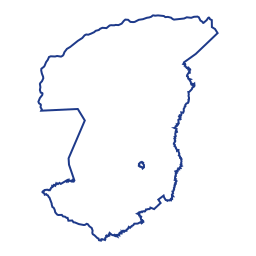 Hurungwe, Mashonaland West, Zimbabwe
{"feature_id": "62879985B85730198836463", "entity_name": "Hurungwe", "entity_type": "district", "adm_level": 2, "iso_a3": "ZWE", "parent_name": "Zimbabwe", "parent_adm1": "Mashonaland West", "projection": "orthographic", "projection_center": [29.665, -16.521], "detail": "fine", "context": "isolated", "style": "outline", "palette": "blue", "viewbox_px": 256, "rotation_deg": 0, "n_neighbors": 0, "source": "geoboundaries", "source_scale": "gbopen_adm2", "svg_char_len": 5836}
<svg xmlns="http://www.w3.org/2000/svg" viewBox="0 0 256 256"><path d="M99.0,240.2L100.9,240.6L101.1,239.4L102.0,239.1L102.5,239.6L103.9,239.5L105.0,240.0L105.4,239.1L105.2,238.1L105.9,237.1L106.7,236.8L106.2,235.7L106.6,235.4L108.0,236.1L109.2,235.7L108.9,234.6L109.6,234.5L109.2,233.9L109.6,232.9L111.8,234.8L112.8,235.2L114.1,235.0L114.4,235.7L115.5,236.1L115.6,235.5L116.7,236.1L116.3,235.4L116.8,235.6L116.5,235.0L117.2,234.8L119.0,235.2L118.6,234.1L119.2,234.7L119.2,233.6L119.9,233.5L119.7,233.0L120.0,232.7L120.6,233.1L120.6,232.6L121.1,232.6L121.2,232.3L121.6,232.6L121.6,232.0L121.9,232.4L122.1,231.8L121.7,231.6L122.9,230.8L124.0,231.9L124.8,231.2L124.7,230.8L126.5,230.8L126.6,229.6L127.8,229.0L128.8,226.9L130.0,227.8L130.6,227.0L131.5,226.6L131.5,226.2L132.2,225.7L133.3,225.2L134.3,223.7L137.7,223.6L140.4,222.2L141.2,223.0L141.5,222.0L142.1,222.4L142.1,222.0L142.5,222.0L142.3,221.4L143.3,221.5L143.2,221.0L142.6,220.7L142.2,220.0L141.2,219.9L140.7,217.8L141.1,217.1L140.4,216.8L140.7,216.4L140.1,216.1L139.5,214.8L139.1,215.0L139.1,214.4L137.7,213.8L138.0,213.7L137.7,213.4L138.2,213.1L138.5,213.6L139.3,212.2L140.0,212.6L141.3,211.6L142.3,211.5L142.4,211.9L143.2,211.3L144.0,211.2L144.6,211.5L145.1,211.3L146.1,209.4L146.8,209.6L148.1,209.0L149.0,209.2L150.1,208.6L150.4,207.6L154.1,209.1L160.6,203.0L158.3,199.6L163.6,195.6L164.1,197.4L165.7,200.0L166.7,200.2L167.3,200.8L168.0,200.2L169.1,200.5L169.9,200.0L171.0,200.4L171.5,199.1L171.1,198.6L171.4,198.4L172.1,198.7L172.0,196.1L173.1,196.2L172.0,194.5L173.1,193.3L172.5,191.5L173.2,191.3L173.9,189.9L173.7,189.5L174.2,188.9L173.9,187.9L174.6,187.1L174.4,186.0L174.9,185.7L174.8,185.1L175.3,184.5L175.0,184.2L175.6,183.8L175.3,183.2L175.8,183.1L175.8,182.2L176.5,181.1L174.8,180.0L175.8,179.0L175.0,178.3L175.2,176.6L175.8,176.1L175.5,175.6L175.9,174.9L175.7,173.8L176.7,173.0L175.7,172.1L175.4,171.5L177.2,171.3L176.9,170.8L177.7,170.6L177.8,169.4L178.9,169.4L178.5,168.4L180.4,168.2L179.9,167.5L180.1,166.9L181.7,166.0L180.7,165.3L180.6,164.6L181.5,164.0L181.1,163.0L181.5,161.5L181.2,159.6L181.5,159.2L181.0,158.9L180.9,157.9L180.1,157.9L180.0,156.4L178.9,155.5L179.3,155.0L179.1,154.1L179.3,153.6L178.3,151.1L178.5,150.0L178.1,149.9L177.0,150.7L176.9,149.7L175.9,148.3L175.9,147.4L174.5,146.1L174.9,145.7L174.9,144.9L173.8,143.9L173.9,143.3L174.9,141.9L174.8,141.2L175.2,141.1L175.2,140.2L174.4,138.6L175.3,138.0L174.6,136.8L175.8,136.0L175.3,134.8L175.3,133.1L175.7,132.5L177.0,131.9L176.8,131.2L175.8,131.0L176.6,129.0L174.5,128.0L175.3,127.9L175.5,126.4L176.0,126.0L176.4,126.3L176.9,126.0L176.8,124.6L177.5,125.0L178.0,124.7L178.1,124.3L177.5,124.0L178.2,123.1L178.7,123.1L178.3,119.9L179.3,119.0L180.2,119.4L180.6,119.1L180.0,118.2L180.4,117.5L179.4,117.1L179.0,116.4L179.5,116.1L179.7,115.3L180.8,115.7L181.1,115.5L181.5,113.6L181.3,112.4L183.2,112.7L183.8,111.0L183.7,108.9L184.6,107.5L184.7,106.5L185.4,106.2L185.3,104.9L186.5,103.4L187.9,103.0L188.6,101.7L188.3,101.2L188.9,100.0L188.5,99.4L189.0,98.8L189.0,97.7L188.5,95.9L188.8,94.5L188.4,92.0L189.1,92.0L191.0,90.1L192.0,88.9L192.4,87.5L193.8,86.8L194.5,85.8L194.3,83.7L193.6,84.3L192.9,83.9L192.5,84.6L193.0,85.0L192.6,85.2L191.3,84.5L191.3,84.1L191.9,84.0L191.0,83.4L190.8,82.0L189.5,80.0L190.0,79.7L189.5,79.4L190.1,79.2L188.2,78.5L188.0,76.8L187.1,76.3L187.4,75.5L187.1,75.2L188.4,73.1L189.5,72.8L189.0,72.1L189.1,71.5L189.7,71.7L189.6,70.0L190.9,69.3L188.9,69.3L189.2,68.7L188.8,68.1L188.2,68.7L188.1,68.0L187.6,68.4L186.7,68.0L186.4,67.5L186.6,67.3L185.5,66.7L185.3,65.9L184.8,65.8L185.3,64.5L185.1,63.9L184.7,63.8L184.4,64.3L183.3,64.0L184.0,63.1L183.9,62.4L195.8,53.9L217.6,33.1L215.0,29.0L211.9,27.1L211.8,20.1L210.0,19.2L209.2,17.7L208.6,17.6L208.0,18.1L206.7,20.1L203.5,22.9L203.0,22.8L202.4,21.8L200.4,20.5L198.8,17.3L197.5,16.6L194.0,16.8L191.2,17.8L186.8,17.3L184.1,18.5L174.0,19.6L172.6,19.0L171.1,17.7L167.9,16.9L165.3,17.1L163.8,16.0L158.0,15.4L155.0,15.7L153.8,15.4L152.7,15.5L151.3,16.7L149.3,17.4L146.8,17.8L142.9,19.2L138.8,19.8L134.7,21.9L133.3,22.1L130.4,21.9L128.1,19.8L125.3,19.6L123.8,20.9L121.7,23.6L119.4,24.7L118.4,25.1L115.6,24.9L114.2,25.3L111.0,25.2L109.6,25.5L106.5,28.1L102.4,27.8L100.1,28.8L98.8,30.0L95.7,30.8L94.1,32.2L91.1,33.6L88.3,34.7L86.2,34.5L84.6,35.3L82.3,38.0L77.9,40.8L70.1,47.0L66.9,48.9L64.4,52.2L63.5,54.7L62.6,55.8L61.0,56.6L57.1,56.0L55.0,56.5L50.8,56.3L49.0,57.0L47.8,59.8L46.1,62.1L44.6,65.8L44.0,66.7L41.4,68.7L41.2,70.5L41.9,73.6L43.1,76.7L43.3,78.3L42.0,81.2L40.4,82.9L39.9,84.0L40.4,87.2L39.9,90.0L40.7,92.6L42.3,93.1L42.5,93.7L42.2,95.1L39.9,98.0L38.4,101.7L39.1,103.4L40.5,104.2L40.9,105.0L40.5,107.1L41.8,109.4L41.2,110.7L77.8,109.0L84.8,120.5L68.6,158.3L69.0,164.7L74.4,180.5L73.7,181.5L73.2,181.1L72.6,181.4L72.4,180.8L72.2,181.2L71.4,181.5L71.1,181.3L71.3,180.6L70.3,180.9L69.3,180.7L68.7,181.2L68.7,180.2L67.8,180.9L67.7,179.9L66.5,180.5L66.3,181.3L65.9,180.9L60.8,183.9L59.5,182.9L58.1,184.0L57.4,183.5L56.8,184.1L56.2,183.4L55.6,184.8L54.8,184.9L54.9,185.5L53.8,184.9L53.6,185.1L53.9,185.7L53.0,186.5L52.2,186.1L52.2,187.2L51.2,187.7L50.3,189.6L49.6,189.7L49.6,190.2L48.4,190.2L47.4,189.7L44.8,190.0L44.4,190.6L44.2,190.4L43.5,190.8L42.5,191.8L42.5,192.3L44.3,193.4L44.7,194.7L46.3,194.2L46.7,194.9L47.9,195.4L48.8,197.1L49.4,197.5L51.7,203.6L51.7,204.4L52.4,207.0L53.6,207.7L54.6,209.6L55.3,212.4L57.1,214.5L58.2,215.0L61.8,214.9L63.0,216.4L65.0,216.7L66.6,217.9L67.6,217.9L68.4,220.7L72.2,220.5L73.5,222.3L74.8,222.4L78.9,224.1L83.7,225.0L84.9,224.9L86.7,223.8L87.8,224.2L89.4,226.3L91.7,228.0L92.6,230.6L92.3,232.9L92.8,234.2L94.5,235.3L97.4,238.1L98.5,238.5L99.0,240.2ZM141.0,162.5L141.9,161.9L143.1,162.7L142.7,163.4L143.9,164.8L144.0,167.3L142.6,168.5L141.9,167.0L140.6,166.9L140.5,166.5L139.6,166.5L138.8,165.9L138.9,164.9L139.3,164.7L139.0,163.8L140.5,162.3L141.0,162.5Z" fill="none" stroke="#1e3a8a" stroke-width="2"/></svg>